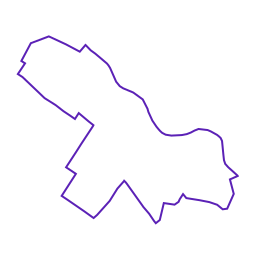 the district of Philadelphia, Pennsylvania, United States of America, rotated 266°
{"feature_id": "52423323B91759364179792", "entity_name": "Philadelphia", "entity_type": "district", "adm_level": 2, "iso_a3": "USA", "parent_name": "United States of America", "parent_adm1": "Pennsylvania", "projection": "mercator", "projection_center": [-75.14, 40.002], "detail": "fine", "context": "isolated", "style": "outline", "palette": "violet", "viewbox_px": 256, "rotation_deg": 266, "n_neighbors": 0, "source": "geoboundaries", "source_scale": "gbopen_adm2", "svg_char_len": 1341}
<svg xmlns="http://www.w3.org/2000/svg" viewBox="0 0 256 256"><g transform="rotate(266 128 128)"><path d="M33.4,147.5L31.1,149.1L34.0,153.3L50.6,158.5L48.3,169.1L50.8,173.3L53.3,174.6L58.2,178.3L54.0,181.3L51.0,194.3L48.4,204.0L45.2,211.6L40.3,216.8L40.6,221.3L54.9,228.9L69.6,226.1L72.5,234.1L72.8,234.0L81.8,225.3L85.4,222.5L89.2,221.5L94.2,221.3L108.5,220.9L111.6,219.7L113.4,218.0L114.7,216.6L114.9,216.4L118.8,210.4L120.4,207.3L122.1,198.3L120.8,194.2L119.2,190.6L119.1,190.4L117.8,186.2L117.3,182.1L117.2,181.0L117.4,170.8L118.4,166.4L118.7,165.1L120.8,161.7L122.7,159.9L124.5,158.5L127.3,156.5L133.9,152.7L134.3,152.6L142.5,149.5L145.3,148.9L145.6,148.9L155.5,144.7L162.7,136.1L163.2,135.4L167.9,126.0L170.4,122.6L170.6,122.5L175.0,119.4L180.6,117.4L189.2,114.3L191.8,112.9L193.8,111.5L204.5,100.5L208.1,96.2L213.6,91.6L213.8,91.4L207.5,85.2L215.8,71.9L224.9,55.4L219.4,37.0L202.3,26.3L199.7,29.8L189.5,21.9L186.2,26.3L169.0,42.0L166.0,44.7L163.6,46.9L155.9,57.4L149.2,64.9L144.5,71.0L140.7,75.7L146.3,79.9L137.3,89.2L133.2,93.7L132.2,93.1L115.2,80.1L107.9,74.7L93.1,63.5L85.9,72.8L64.9,57.1L60.8,62.4L47.9,78.6L40.6,87.4L43.4,91.1L56.5,104.6L68.3,113.2L75.3,120.3L75.6,120.5L74.7,121.3L74.0,121.9L72.7,122.8L62.6,129.0L56.7,132.6L49.2,137.2L48.3,137.7L41.0,143.1L33.4,147.5Z" fill="none" stroke="#5b21b6" stroke-width="2"/></g></svg>